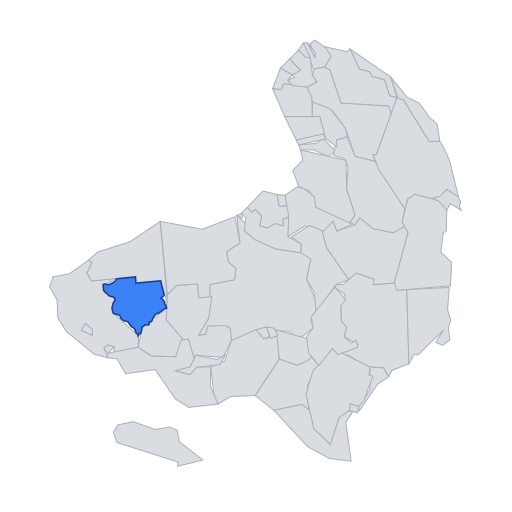 where Botswana sits in Africa, rotated 86°
{"feature_id": "BWA", "entity_name": "Botswana", "entity_type": "country or territory", "adm_level": 0, "iso_a3": "BWA", "parent_name": "Africa", "parent_adm1": "", "projection": "orthographic", "projection_center": [24.585, -22.321], "detail": "fine", "context": "in_parent", "style": "filled", "palette": "blue", "viewbox_px": 512, "rotation_deg": 86, "n_neighbors": 49, "source": "natural_earth", "source_scale": "50m", "svg_char_len": 12692}
<svg xmlns="http://www.w3.org/2000/svg" viewBox="0 0 512 512"><g transform="rotate(86 256 256)"><path d="M360.4,239.9L395.2,266.5L394.4,291.3L401.1,304.2L395.8,307.5L363.4,308.9L358.5,294.6L338.7,286.5L331.3,274.3L329.5,261.1L339.1,254.1L336.9,239.8L360.4,239.9Z" fill="#d9dde1" stroke="#a8b0b8" stroke-width="1"/><path d="M108.0,104.4L105.5,111.5L89.1,115.6L85.0,127.9L80.1,129.7L76.8,139.7L56.1,147.7L86.8,109.1L108.0,104.4Z" fill="#d9dde1" stroke="#a8b0b8" stroke-width="1"/><path d="M329.5,261.1L338.7,286.5L325.2,287.3L322.6,308.9L330.7,311.7L331.2,318.9L314.6,307.5L281.2,304.0L278.2,279.0L267.2,276.9L260.0,284.0L249.7,285.0L241.8,271.1L214.3,272.4L223.5,263.3L230.1,265.9L239.5,256.0L250.4,235.7L256.6,206.8L262.9,201.5L282.7,207.1L304.6,199.6L316.3,199.9L323.4,205.8L332.1,204.1L342.0,219.2L333.3,228.8L329.5,261.1Z" fill="#d9dde1" stroke="#a8b0b8" stroke-width="1"/><path d="M411.1,249.0L407.1,220.6L414.3,212.6L432.3,210.3L449.1,195.1L423.0,184.4L415.4,175.5L418.7,170.9L428.4,178.0L467.3,175.4L463.1,197.0L449.9,217.7L411.1,249.0Z" fill="#d9dde1" stroke="#a8b0b8" stroke-width="1"/><path d="M395.2,266.5L360.4,239.9L367.9,222.5L360.9,207.7L369.4,200.7L388.3,213.7L412.6,214.3L407.1,220.6L411.1,249.0L395.2,266.5Z" fill="#d9dde1" stroke="#a8b0b8" stroke-width="1"/><path d="M297.3,182.0L292.2,179.4L289.9,177.8L290.5,171.2L279.9,157.2L287.2,140.2L292.8,140.6L292.7,117.8L300.1,117.8L300.0,107.9L374.1,111.0L379.7,128.4L385.8,132.1L376.5,136.7L374.0,154.7L361.6,170.2L360.1,181.3L351.3,160.4L342.6,173.8L333.5,170.7L326.7,175.6L311.9,174.9L300.6,170.1L292.7,179.7L297.3,182.0Z" fill="#d9dde1" stroke="#a8b0b8" stroke-width="1"/><path d="M292.6,119.9L292.8,140.6L287.2,140.2L279.9,157.2L286.0,165.3L253.0,184.9L235.1,188.6L226.7,176.8L236.7,173.6L231.8,155.1L225.2,149.9L237.0,137.0L242.4,117.4L236.8,105.7L243.3,102.7L292.6,119.9Z" fill="#d9dde1" stroke="#a8b0b8" stroke-width="1"/><path d="M248.5,423.3L251.1,419.9L261.2,425.9L269.5,421.7L268.5,396.7L275.0,410.5L279.4,409.7L289.6,399.7L304.0,401.1L327.9,378.6L338.8,380.1L342.7,394.6L341.6,404.6L336.8,403.6L334.3,410.4L337.7,414.2L347.2,411.0L342.6,424.3L318.1,450.4L304.1,458.0L286.1,457.5L272.3,464.0L262.6,460.0L260.7,443.5L248.5,423.3ZM323.5,424.9L318.1,424.1L311.6,430.9L318.0,435.5L323.5,424.9Z" fill="#d9dde1" stroke="#a8b0b8" stroke-width="1"/><path d="M323.5,424.9L318.0,435.5L311.6,430.9L318.1,424.1L323.5,424.9Z" fill="#d9dde1" stroke="#a8b0b8" stroke-width="1"/><path d="M338.8,380.1L319.1,374.2L301.8,348.6L313.3,350.0L334.6,334.2L350.9,343.1L348.6,367.3L338.8,380.1Z" fill="#d9dde1" stroke="#a8b0b8" stroke-width="1"/><path d="M267.9,376.9L269.5,421.7L261.2,425.9L251.1,419.9L248.5,423.3L241.0,413.7L232.8,380.4L214.8,349.1L300.6,347.5L273.7,352.3L274.1,376.5L267.9,376.9Z" fill="#d9dde1" stroke="#a8b0b8" stroke-width="1"/><path d="M47.9,187.2L44.7,182.4L54.2,170.3L62.0,167.1L72.2,174.3L73.7,185.6L46.9,194.0L46.8,189.9L62.4,183.1L47.9,187.2Z" fill="#d9dde1" stroke="#a8b0b8" stroke-width="1"/><path d="M73.7,185.6L72.2,174.3L75.7,169.3L109.3,160.4L115.6,113.1L123.8,111.2L163.6,129.0L163.1,132.2L169.9,130.7L163.5,150.2L134.8,158.0L116.4,169.7L106.2,189.0L91.1,193.4L86.5,182.9L80.5,187.0L73.7,185.6Z" fill="#d9dde1" stroke="#a8b0b8" stroke-width="1"/><path d="M56.1,147.7L76.8,139.7L80.1,129.7L85.0,127.9L89.1,115.6L105.5,111.5L108.0,104.4L123.8,111.2L115.6,113.1L109.3,160.4L75.7,169.3L72.2,174.3L62.0,167.1L52.1,172.6L58.5,151.1L56.1,147.7Z" fill="#d9dde1" stroke="#a8b0b8" stroke-width="1"/><path d="M153.3,204.2L148.1,205.7L147.9,188.2L143.0,181.4L156.7,169.3L161.8,176.9L154.2,190.8L153.3,204.2Z" fill="#d9dde1" stroke="#a8b0b8" stroke-width="1"/><path d="M236.8,105.7L242.4,117.4L237.0,137.0L225.2,149.9L231.8,155.1L228.8,160.0L222.0,154.4L195.6,161.0L173.6,157.9L165.1,160.9L161.1,171.8L145.9,167.6L143.3,156.8L163.5,150.2L169.9,130.7L219.7,104.1L232.3,107.8L236.8,105.7Z" fill="#d9dde1" stroke="#a8b0b8" stroke-width="1"/><path d="M153.3,204.2L166.9,159.5L195.6,161.0L222.0,154.4L231.3,162.1L211.6,193.0L195.1,197.7L190.0,208.3L173.2,213.4L163.6,202.6L153.3,204.2Z" fill="#d9dde1" stroke="#a8b0b8" stroke-width="1"/><path d="M231.0,157.8L236.7,173.6L226.7,176.8L236.1,187.0L229.4,205.0L239.0,222.8L197.3,222.7L189.9,210.0L191.8,203.8L201.0,193.6L211.6,193.0L231.0,157.8Z" fill="#d9dde1" stroke="#a8b0b8" stroke-width="1"/><path d="M144.1,178.2L148.1,205.7L143.0,207.8L138.1,180.9L144.1,178.2Z" fill="#d9dde1" stroke="#a8b0b8" stroke-width="1"/><path d="M138.7,179.0L143.0,207.8L118.9,217.7L121.0,182.6L138.7,179.0Z" fill="#d9dde1" stroke="#a8b0b8" stroke-width="1"/><path d="M91.1,193.4L101.7,189.2L120.9,190.1L118.9,217.7L90.2,227.8L91.5,219.4L85.9,216.3L91.1,193.4Z" fill="#d9dde1" stroke="#a8b0b8" stroke-width="1"/><path d="M62.2,188.1L80.5,187.0L86.5,182.9L91.1,193.4L88.3,208.6L82.9,212.1L80.5,205.6L76.2,207.8L73.9,198.8L61.8,208.7L53.5,199.2L62.2,188.1Z" fill="#d9dde1" stroke="#a8b0b8" stroke-width="1"/><path d="M46.9,194.0L62.2,188.1L61.3,192.6L53.5,199.2L46.9,194.0Z" fill="#d9dde1" stroke="#a8b0b8" stroke-width="1"/><path d="M87.4,208.8L85.9,216.3L91.5,219.4L90.2,227.8L70.3,218.5L77.8,207.1L82.9,212.1L87.4,208.8Z" fill="#d9dde1" stroke="#a8b0b8" stroke-width="1"/><path d="M61.8,208.7L73.9,198.8L77.8,207.1L70.3,218.5L61.8,208.7Z" fill="#d9dde1" stroke="#a8b0b8" stroke-width="1"/><path d="M106.2,189.0L114.6,171.4L134.8,158.0L143.3,156.8L145.9,167.6L152.7,167.7L144.1,178.2L121.0,182.6L120.9,190.1L106.2,189.0Z" fill="#d9dde1" stroke="#a8b0b8" stroke-width="1"/><path d="M316.3,199.9L296.2,200.5L282.7,207.1L262.9,201.5L255.9,211.1L247.1,210.1L239.5,219.5L229.3,200.7L235.1,188.6L253.0,184.9L286.0,165.3L289.9,177.8L316.3,199.9Z" fill="#d9dde1" stroke="#a8b0b8" stroke-width="1"/><path d="M255.9,211.1L250.4,235.7L239.5,256.0L230.1,265.9L217.0,263.4L212.4,267.7L206.9,261.3L211.9,257.3L209.3,253.3L216.5,247.5L226.0,250.1L228.8,242.7L224.9,234.3L227.8,226.8L221.2,226.6L219.9,220.8L239.0,222.8L247.1,210.1L255.9,211.1Z" fill="#d9dde1" stroke="#a8b0b8" stroke-width="1"/><path d="M208.0,221.8L219.1,220.5L221.2,226.6L227.8,226.8L224.9,234.3L228.8,242.7L226.0,250.1L216.5,247.5L209.3,253.3L211.9,257.3L206.9,261.3L191.6,244.5L196.2,230.7L208.0,229.3L208.0,221.8Z" fill="#d9dde1" stroke="#a8b0b8" stroke-width="1"/><path d="M197.3,222.7L208.0,221.8L208.0,229.3L196.2,230.7L197.3,222.7Z" fill="#d9dde1" stroke="#a8b0b8" stroke-width="1"/><path d="M338.7,286.5L355.0,296.2L350.7,322.9L354.0,324.8L334.1,329.4L334.6,334.2L313.3,350.0L288.5,347.1L279.8,337.5L279.9,316.1L293.6,316.1L292.9,302.8L314.6,307.5L331.2,318.9L330.7,311.7L322.6,308.9L323.3,291.4L327.0,286.5L338.7,286.5Z" fill="#d9dde1" stroke="#a8b0b8" stroke-width="1"/><path d="M352.0,293.0L361.9,299.8L362.9,322.7L369.9,330.1L364.9,344.6L361.9,329.6L350.7,322.9L356.6,301.9L352.0,293.0Z" fill="#d9dde1" stroke="#a8b0b8" stroke-width="1"/><path d="M363.4,308.9L382.4,310.7L401.1,304.2L402.3,333.7L393.0,346.4L362.2,364.6L364.4,394.3L348.9,401.7L347.2,411.0L342.7,410.7L338.8,380.1L348.6,367.3L350.9,343.1L334.9,336.7L334.1,329.4L354.0,324.8L361.9,329.6L364.9,344.6L369.9,330.1L362.9,322.7L363.4,308.9Z" fill="#d9dde1" stroke="#a8b0b8" stroke-width="1"/><path d="M342.7,410.7L337.7,414.2L334.3,410.4L336.8,403.6L342.7,410.7Z" fill="#d9dde1" stroke="#a8b0b8" stroke-width="1"/><path d="M212.4,267.7L217.2,267.0L214.3,272.4L212.4,267.7ZM215.3,274.3L241.8,271.1L249.7,285.0L260.0,284.0L267.2,276.9L278.2,279.0L281.2,304.0L293.6,304.9L293.6,316.1L279.9,316.1L279.8,337.5L288.5,347.1L214.8,349.1L225.6,307.9L215.3,274.3Z" fill="#d9dde1" stroke="#a8b0b8" stroke-width="1"/><path d="M337.2,248.0L339.1,254.1L329.5,261.1L327.5,250.4L337.2,248.0Z" fill="#d9dde1" stroke="#a8b0b8" stroke-width="1"/><path d="M455.8,323.3L460.3,349.0L456.1,348.3L432.4,407.6L422.1,410.6L414.8,405.4L412.7,390.0L422.1,368.4L420.5,354.3L424.3,346.7L436.0,345.4L455.8,323.3Z" fill="#d9dde1" stroke="#a8b0b8" stroke-width="1"/><path d="M46.8,189.9L56.4,183.0L62.4,183.1L46.8,189.9Z" fill="#d9dde1" stroke="#a8b0b8" stroke-width="1"/><path d="M209.9,75.0L202.9,61.0L210.9,50.0L217.0,48.0L219.9,49.8L224.7,48.1L217.4,58.6L223.6,62.5L209.9,75.0Z" fill="#d9dde1" stroke="#a8b0b8" stroke-width="1"/><path d="M108.0,104.4L110.6,97.9L153.8,75.2L154.3,64.6L160.0,61.6L174.8,56.1L210.9,50.0L202.9,61.0L209.2,67.9L211.0,78.5L205.5,93.4L210.0,100.8L219.7,104.1L178.7,127.3L163.1,132.2L163.6,129.0L108.0,104.4Z" fill="#d9dde1" stroke="#a8b0b8" stroke-width="1"/><path d="M374.7,150.0L376.5,136.7L385.8,132.1L392.2,143.5L417.8,163.9L413.2,164.2L397.6,151.6L374.7,150.0Z" fill="#d9dde1" stroke="#a8b0b8" stroke-width="1"/><path d="M86.8,109.1L108.2,94.2L114.7,82.6L129.2,73.6L137.2,66.1L154.3,64.6L153.8,75.2L110.6,97.9L108.6,103.2L86.8,109.1Z" fill="#d9dde1" stroke="#a8b0b8" stroke-width="1"/><path d="M374.1,111.0L300.0,107.9L300.8,65.4L322.6,68.6L334.3,66.3L340.2,69.1L353.3,68.6L358.1,76.0L354.6,82.9L342.9,74.0L365.9,101.2L365.3,105.1L374.1,111.0Z" fill="#d9dde1" stroke="#a8b0b8" stroke-width="1"/><path d="M299.3,64.1L300.1,117.8L292.6,119.9L243.3,102.7L232.3,107.8L210.0,100.8L205.5,93.4L213.5,70.3L223.6,62.5L244.0,64.3L246.2,67.7L265.2,71.3L276.1,61.2L299.3,64.1Z" fill="#d9dde1" stroke="#a8b0b8" stroke-width="1"/><path d="M449.1,195.1L432.3,210.3L397.7,215.7L375.2,207.5L353.5,186.1L374.7,150.0L382.3,151.8L384.0,147.9L408.1,158.6L413.2,164.2L410.1,172.2L416.6,173.7L423.0,184.4L449.1,195.1Z" fill="#d9dde1" stroke="#a8b0b8" stroke-width="1"/><path d="M413.2,164.2L419.4,165.8L416.6,173.7L410.1,172.2L413.2,164.2Z" fill="#d9dde1" stroke="#a8b0b8" stroke-width="1"/><path d="M360.4,239.9L331.3,240.9L342.4,209.5L360.9,207.7L364.1,212.1L367.9,222.5L360.4,239.9Z" fill="#d9dde1" stroke="#a8b0b8" stroke-width="1"/><path d="M336.9,239.8L339.2,247.3L327.5,250.4L329.3,242.7L336.9,239.8Z" fill="#d9dde1" stroke="#a8b0b8" stroke-width="1"/><path d="M339.7,211.1L332.1,204.1L320.4,205.0L292.7,179.7L305.5,169.4L311.9,174.9L326.7,175.6L333.5,170.7L342.6,173.8L349.3,166.9L347.0,161.7L354.4,161.0L360.1,181.3L353.5,186.1L369.4,200.7L356.8,210.2L339.7,211.1Z" fill="#d9dde1" stroke="#a8b0b8" stroke-width="1"/><path d="M301.8,348.9L301.6,349.3L301.5,349.8L301.7,350.1L301.9,350.6L302.3,351.0L302.6,351.3L302.9,351.9L303.2,352.7L303.7,353.3L305.0,354.8L305.1,355.3L305.3,355.8L306.1,356.7L306.2,357.0L306.2,357.7L307.0,359.7L307.5,360.8L308.0,361.0L309.5,362.2L310.8,363.2L312.3,363.9L313.4,364.4L313.9,364.7L314.2,365.0L314.4,365.6L314.5,366.6L314.5,367.3L315.7,367.3L316.7,367.4L317.1,367.5L317.2,368.1L317.2,368.8L317.2,369.3L317.1,369.8L317.0,370.5L316.9,371.3L317.1,371.6L318.0,372.7L318.4,373.3L318.8,374.3L319.0,374.7L319.2,374.8L320.1,374.9L322.3,375.4L323.6,375.8L324.7,376.3L325.2,376.4L325.4,376.5L325.3,377.5L325.4,378.0L325.6,378.2L325.8,378.3L326.6,378.4L327.1,379.0L327.4,379.2L325.9,379.3L325.2,379.7L324.8,380.5L324.1,381.1L323.2,381.4L322.2,381.7L321.2,381.8L320.1,382.4L318.9,383.6L318.3,384.4L318.3,384.7L318.0,385.0L317.6,385.2L317.3,385.5L317.2,385.8L316.9,385.9L316.5,385.9L316.2,386.1L316.0,386.6L315.6,386.9L314.9,387.0L314.4,387.3L313.9,387.7L313.6,387.9L313.3,387.9L313.0,388.3L312.3,389.1L312.2,389.5L311.3,392.8L310.9,393.1L310.0,393.8L309.2,394.6L308.9,395.0L308.6,395.3L306.9,395.6L306.3,395.8L305.6,396.1L305.4,396.4L305.2,397.4L304.7,398.8L304.3,399.9L304.0,400.8L303.5,401.9L303.1,402.3L302.7,402.7L302.1,402.8L301.3,402.9L300.5,402.9L299.9,402.9L299.1,403.3L298.4,403.3L297.2,403.1L296.3,402.9L295.9,402.8L295.0,402.1L294.5,402.1L293.6,402.1L293.2,401.9L292.7,401.5L291.8,400.8L290.9,400.2L290.1,399.8L289.3,399.6L288.6,399.8L288.0,400.0L287.8,400.1L287.4,400.4L287.0,401.0L286.6,401.9L286.5,402.5L286.1,403.7L285.6,405.1L285.3,405.6L285.0,405.9L284.5,406.2L283.0,407.3L282.3,408.6L281.8,409.0L281.2,409.2L280.7,409.3L280.5,409.5L280.2,410.2L279.9,410.4L279.6,410.5L278.7,410.5L278.5,410.4L276.1,410.6L275.4,410.4L274.9,410.3L274.1,410.6L273.8,410.5L273.5,409.9L273.4,408.8L273.4,407.9L273.8,407.2L274.1,406.7L274.5,406.0L274.5,405.7L274.4,405.4L274.3,404.9L274.3,404.3L273.7,403.1L273.1,401.5L272.2,399.6L271.9,399.2L271.4,398.4L269.4,396.9L269.1,396.7L269.0,395.1L268.9,393.1L268.9,391.2L268.8,389.3L268.7,387.3L268.7,385.4L268.6,383.4L268.6,381.5L268.5,379.5L268.4,377.9L269.9,377.9L271.6,377.8L273.8,377.7L274.7,377.7L274.7,376.3L274.6,373.5L274.6,370.7L274.5,368.0L274.4,365.2L274.4,362.4L274.3,359.7L274.2,356.9L274.2,354.1L274.2,352.8L275.8,352.6L277.7,352.3L280.8,351.8L283.7,351.2L285.6,350.9L287.8,350.4L288.6,350.4L288.8,350.4L289.1,350.5L290.2,351.9L290.8,353.0L290.9,353.4L291.1,353.5L291.4,353.4L291.7,353.2L292.8,352.2L293.0,351.9L293.7,351.4L294.5,350.9L295.2,350.5L296.0,350.2L296.3,350.3L296.7,350.5L297.1,350.7L298.7,349.4L299.5,349.1L301.5,348.9L301.8,348.9Z" fill="#3b82f6" stroke="#1e3a8a" stroke-width="1.5"/></g></svg>